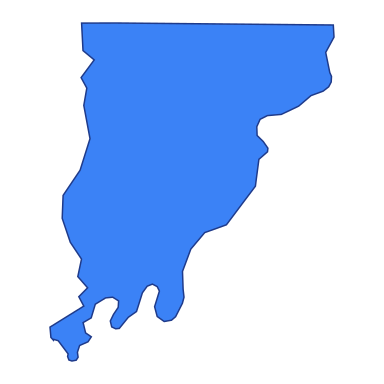 Wabash, Illinois, United States of America
{"feature_id": "52423323B24181813557828", "entity_name": "Wabash", "entity_type": "district", "adm_level": 2, "iso_a3": "USA", "parent_name": "United States of America", "parent_adm1": "Illinois", "projection": "robinson", "projection_center": [-87.865, 38.403], "detail": "fine", "context": "isolated", "style": "filled", "palette": "blue", "viewbox_px": 384, "rotation_deg": 0, "n_neighbors": 0, "source": "geoboundaries", "source_scale": "gbopen_adm2", "svg_char_len": 1137}
<svg xmlns="http://www.w3.org/2000/svg" viewBox="0 0 384 384"><path d="M116.2,23.0L81.6,23.1L83.0,50.6L94.2,59.9L81.1,77.6L86.8,88.1L83.8,105.4L90.0,138.7L80.1,170.2L63.1,195.4L62.2,218.3L70.3,242.3L81.5,259.1L77.8,276.6L87.6,287.8L78.8,296.7L83.8,306.1L50.0,327.1L50.9,337.4L53.5,340.3L53.8,339.4L58.2,340.7L68.1,353.9L67.6,356.5L68.9,360.0L71.9,361.0L76.2,360.2L78.1,357.2L77.4,352.3L79.6,345.5L88.0,341.8L91.3,336.8L85.6,332.9L83.1,322.6L91.2,317.9L95.3,304.2L105.6,297.9L112.7,297.2L118.6,300.9L118.2,307.4L113.5,314.4L110.3,321.0L111.7,326.9L115.7,328.8L119.3,328.4L128.3,317.3L136.5,311.5L139.0,303.6L142.4,292.8L147.2,286.2L152.4,284.1L157.2,286.6L159.4,291.1L154.6,306.7L157.2,316.5L164.2,321.5L171.5,320.2L175.6,316.7L182.4,303.3L184.0,297.2L183.1,289.2L182.5,271.4L190.8,249.1L204.7,232.6L226.4,224.8L243.2,202.4L255.4,186.2L256.1,180.6L258.9,159.3L267.5,151.8L267.9,148.2L263.3,141.6L257.1,135.5L256.8,126.7L260.1,119.3L267.4,115.6L281.3,114.4L298.7,106.1L311.0,95.6L323.2,91.1L328.7,86.8L331.2,82.0L331.5,76.4L329.8,72.6L325.7,52.4L334.0,37.1L333.3,25.0L116.2,23.0Z" fill="#3b82f6" stroke="#1e3a8a" stroke-width="1.5"/></svg>